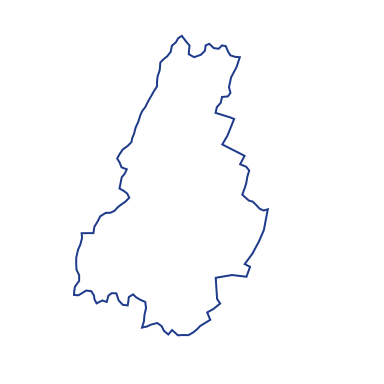 the district of Lindóia do Sul, Santa Catarina, Brazil, rotated 207°
{"feature_id": "56859067B71795078330175", "entity_name": "Lindóia do Sul", "entity_type": "district", "adm_level": 2, "iso_a3": "BRA", "parent_name": "Brazil", "parent_adm1": "Santa Catarina", "projection": "albers", "projection_center": [-52.043, -27.042], "detail": "fine", "context": "isolated", "style": "outline", "palette": "blue", "viewbox_px": 384, "rotation_deg": 207, "n_neighbors": 0, "source": "geoboundaries", "source_scale": "gbopen_adm2", "svg_char_len": 1974}
<svg xmlns="http://www.w3.org/2000/svg" viewBox="0 0 384 384"><g transform="rotate(207 192 192)"><path d="M275.7,301.6L277.5,297.7L279.0,293.0L276.1,286.0L275.1,279.2L273.2,274.4L271.1,270.1L271.7,264.7L271.9,259.5L272.2,253.7L272.2,246.2L273.1,241.6L272.9,237.1L271.7,230.0L271.5,223.9L270.1,217.7L269.7,212.8L268.6,208.9L270.3,203.7L273.0,198.5L273.7,192.7L273.9,187.9L269.9,185.4L266.0,182.0L260.4,182.6L260.2,178.1L261.3,173.2L258.2,162.2L253.0,162.0L249.1,161.2L245.3,158.4L247.0,153.0L249.1,149.2L251.1,145.1L252.5,140.1L255.1,136.6L259.4,134.2L262.7,128.8L262.7,123.0L263.2,116.7L261.2,110.6L271.6,105.2L269.1,101.1L267.7,94.8L267.3,88.7L265.3,80.8L262.5,75.3L259.6,70.3L254.8,66.7L252.2,61.5L253.3,54.7L252.0,50.4L250.4,46.7L246.3,48.4L244.1,51.9L241.5,56.2L236.7,57.9L232.4,55.3L230.0,51.9L226.4,49.5L222.7,54.6L218.1,55.3L219.4,61.9L217.5,65.5L213.4,67.3L208.1,62.1L202.5,60.1L197.8,61.7L199.1,65.7L200.6,69.8L198.0,74.0L193.9,72.8L189.2,72.5L183.7,72.8L180.3,67.8L178.5,60.8L176.1,54.9L175.0,48.5L171.1,51.7L168.2,55.3L163.5,59.5L158.1,58.7L154.1,55.6L148.4,54.3L147.1,59.9L143.4,59.0L139.5,57.9L135.4,60.3L130.1,62.9L127.2,67.4L125.2,71.9L123.8,76.5L117.7,86.4L123.8,91.6L119.7,97.7L116.3,105.4L121.1,108.1L131.9,126.3L118.7,136.2L105.0,141.2L106.3,151.7L112.3,151.7L110.2,164.5L109.9,178.8L110.7,190.7L116.6,211.0L119.8,208.0L124.2,207.8L128.7,209.5L133.4,211.0L137.5,210.2L146.0,212.4L146.7,218.7L147.7,224.6L149.6,230.6L150.8,237.1L155.1,239.1L161.7,238.6L161.6,248.1L186.6,248.1L186.0,258.1L187.6,276.2L192.6,275.7L206.9,273.2L208.4,278.9L206.9,284.5L208.4,290.3L203.5,293.4L202.7,297.7L206.7,302.3L209.2,312.0L209.0,323.5L210.6,333.8L215.3,331.9L219.8,331.2L223.7,333.5L228.1,337.3L231.8,336.2L233.3,331.7L238.0,330.1L243.9,331.9L246.4,328.8L244.6,323.7L246.4,318.3L251.3,313.1L257.4,313.3L259.2,317.4L260.6,321.3L266.2,323.7L271.9,326.5L274.1,322.8L274.3,318.1L276.3,313.1L274.6,307.1L275.7,301.6Z" fill="none" stroke="#1e3a8a" stroke-width="2"/></g></svg>